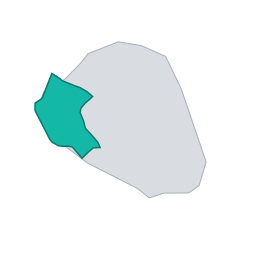 location of Sant Julià de Lòria within Andorra, rotated 56°
{"feature_id": "AND-4882", "entity_name": "Sant Julià de Lòria", "entity_type": "state/province", "adm_level": 1, "iso_a3": "AND", "parent_name": "Andorra", "parent_adm1": "", "projection": "natural_earth1", "projection_center": [1.502, 42.473], "detail": "fine", "context": "in_parent", "style": "filled", "palette": "teal", "viewbox_px": 256, "rotation_deg": 56, "n_neighbors": 0, "source": "natural_earth", "source_scale": "10m", "svg_char_len": 776}
<svg xmlns="http://www.w3.org/2000/svg" viewBox="0 0 256 256"><g transform="rotate(56 128 128)"><path d="M197.8,149.5L183.3,154.0L134.6,181.1L107.0,190.6L81.7,195.4L61.9,193.4L51.0,177.5L52.2,153.2L47.8,131.2L44.0,119.5L51.1,87.9L67.3,70.8L89.7,56.8L125.0,61.9L199.8,82.2L215.4,101.2L215.8,114.0L202.0,134.7L197.8,149.5Z" fill="#d9dde1" stroke="#a8b0b8" stroke-width="1"/><path d="M93.5,199.2L61.5,195.3L55.4,191.1L55.4,182.7L40.2,160.6L49.1,156.8L52.1,156.0L62.6,149.0L67.7,145.2L74.8,141.7L82.2,139.7L83.0,145.7L83.4,149.6L85.4,156.1L88.5,159.1L97.5,161.0L104.6,163.5L114.4,162.0L123.1,161.0L128.6,162.0L125.0,168.0L125.8,174.9L127.4,183.0L112.5,184.8L109.5,187.9L107.2,191.7L103.9,195.5L97.8,198.7L93.5,199.2Z" fill="#14b8a6" stroke="#0f766e" stroke-width="1.5"/></g></svg>